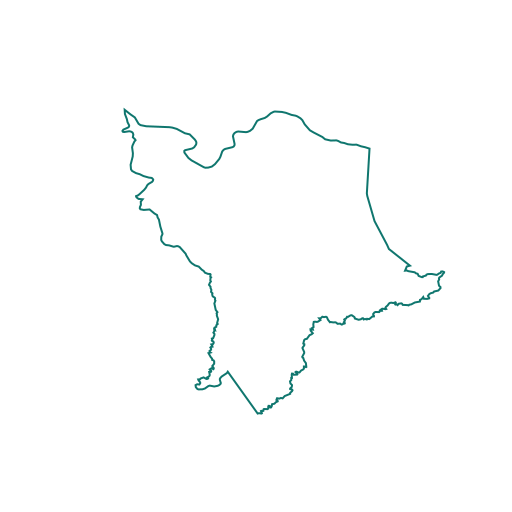 map outline of Loreto (Robinson projection), rotated 115°
{"feature_id": "PER-585", "entity_name": "Loreto", "entity_type": "Department", "adm_level": 1, "iso_a3": "PER", "parent_name": "Peru", "parent_adm1": "", "projection": "robinson", "projection_center": [-73.566, -4.337], "detail": "fine", "context": "isolated", "style": "outline", "palette": "teal", "viewbox_px": 512, "rotation_deg": 115, "n_neighbors": 0, "source": "natural_earth", "source_scale": "10m", "svg_char_len": 6121}
<svg xmlns="http://www.w3.org/2000/svg" viewBox="0 0 512 512"><g transform="rotate(115 256 256)"><path d="M207.1,75.2L210.3,76.2L212.9,79.6L214.2,79.9L215.9,81.9L217.2,82.8L219.5,83.3L220.8,81.2L221.2,81.1L222.5,82.7L223.8,85.7L222.5,87.1L225.2,87.7L226.4,88.8L228.0,88.2L231.0,92.4L234.2,94.8L235.4,96.5L236.3,96.8L236.5,98.0L238.3,102.4L237.5,103.5L237.5,104.3L239.0,106.5L240.6,106.9L240.3,107.6L241.1,109.1L240.9,109.5L239.3,109.5L239.0,110.0L240.6,111.7L241.1,113.6L241.9,114.8L242.9,115.4L245.1,115.8L247.4,116.8L248.4,116.8L249.0,115.6L249.4,116.0L250.4,119.3L251.2,119.8L252.4,118.7L252.8,119.4L252.5,120.5L253.0,120.8L254.2,120.5L254.8,120.7L256.2,124.0L257.1,124.8L259.1,125.3L259.7,124.9L260.3,123.9L260.9,123.6L261.7,125.0L265.3,126.7L266.0,128.8L266.7,128.8L267.0,130.6L268.0,131.6L267.2,132.8L267.6,133.4L269.0,134.2L270.4,136.0L270.9,140.0L270.0,140.6L269.7,141.2L269.2,144.2L269.9,145.3L272.3,146.9L272.6,147.8L274.5,147.9L275.9,149.1L276.3,149.2L277.1,148.1L278.9,148.4L279.3,147.1L279.7,147.1L280.7,148.4L281.7,149.0L282.0,149.5L281.7,151.1L283.0,153.5L282.5,155.0L282.6,156.2L283.5,157.8L284.3,160.5L284.8,161.0L283.3,163.9L281.6,165.8L281.5,166.9L282.7,168.6L283.0,170.2L285.2,171.1L285.8,172.4L286.8,170.5L289.3,172.1L290.0,172.9L290.6,174.8L291.3,175.8L293.7,175.2L296.1,173.8L297.7,174.8L298.0,173.9L298.7,173.3L299.5,175.6L300.6,174.9L302.0,171.9L303.4,172.5L305.1,174.0L309.6,174.9L310.6,176.3L311.9,176.8L315.4,176.1L315.5,174.9L316.6,174.5L319.4,175.1L319.9,174.9L322.6,171.8L323.6,171.3L327.8,171.5L328.3,171.0L328.4,170.1L330.5,168.2L332.0,165.5L335.3,163.5L335.6,163.7L335.6,165.2L335.9,165.9L337.8,165.0L338.7,165.2L340.9,166.8L343.0,167.3L343.4,167.6L343.6,168.4L343.7,170.2L343.9,170.8L344.5,171.1L345.2,169.1L345.7,168.5L346.1,168.6L347.7,171.6L347.0,172.8L347.4,173.7L348.6,173.4L351.3,171.9L351.6,172.5L353.6,171.6L355.2,172.2L357.0,170.9L357.7,168.9L358.5,168.5L360.0,168.3L361.0,168.9L361.9,169.0L362.2,168.8L361.8,166.8L362.2,166.2L363.2,166.2L365.7,167.2L366.5,166.8L370.8,170.8L373.8,171.7L374.1,173.4L375.4,174.6L376.0,176.8L377.8,176.7L377.9,175.4L378.6,174.9L380.1,176.2L382.1,176.9L383.5,178.8L385.2,178.3L386.8,178.3L387.2,178.8L387.1,179.7L386.1,180.3L386.5,181.3L387.6,181.2L389.0,180.4L389.9,180.8L391.3,184.1L391.9,184.4L393.2,183.9L393.9,184.6L394.1,185.8L394.4,186.0L396.1,184.2L396.5,184.5L397.2,186.9L398.1,187.9L372.8,232.7L374.4,232.9L379.8,236.2L381.8,236.8L382.8,236.8L383.7,236.3L386.0,234.2L387.0,234.1L388.4,234.7L389.8,235.8L391.9,238.7L393.0,243.1L394.0,244.2L397.7,246.3L399.6,248.4L401.2,251.8L401.3,252.9L400.3,255.1L398.6,256.2L397.1,255.1L396.4,253.0L394.8,252.8L394.1,253.2L393.0,255.5L392.3,256.2L391.4,254.6L390.4,254.4L388.2,252.2L388.4,249.0L387.7,247.9L387.2,247.7L386.6,248.9L385.2,247.8L384.0,247.5L382.9,247.9L380.8,249.5L380.5,249.2L380.2,248.0L379.6,247.8L379.0,248.1L378.3,250.0L376.5,248.9L376.6,246.8L376.0,246.7L375.4,247.0L374.2,249.1L371.3,248.4L369.1,249.4L368.5,250.4L368.7,251.8L367.6,252.4L366.7,254.4L364.1,258.0L362.7,256.4L362.5,257.4L361.8,258.0L359.9,257.1L359.0,257.5L358.2,258.7L357.3,258.3L356.6,257.1L356.0,257.5L355.0,259.1L354.0,257.8L353.1,257.6L352.2,257.8L351.6,258.4L351.6,259.8L351.2,260.3L350.7,260.1L349.5,261.1L348.6,260.1L345.2,260.3L344.2,260.7L343.5,262.2L341.7,262.0L340.1,262.9L340.2,262.0L339.1,262.9L338.3,263.2L337.0,262.1L335.5,262.7L333.8,262.0L333.3,262.9L329.3,263.6L326.6,266.3L325.5,266.7L324.6,267.5L323.2,267.2L321.9,269.7L316.6,273.7L313.6,273.9L313.1,274.7L311.6,275.2L311.2,275.7L310.9,278.0L310.5,278.6L309.1,279.6L308.2,279.7L307.5,281.6L305.6,282.1L304.2,283.7L303.1,284.2L302.0,286.4L299.7,286.5L298.2,286.1L297.3,287.2L295.1,287.9L294.3,287.7L294.1,288.7L291.9,289.4L291.7,290.0L292.5,292.0L292.7,295.2L291.7,297.0L291.3,299.4L289.8,303.4L290.3,307.3L289.7,311.2L288.8,313.6L284.9,319.4L283.7,320.7L280.1,329.0L280.1,331.0L280.5,332.0L282.3,334.3L282.5,335.0L283.1,339.3L284.1,342.2L284.0,344.1L282.5,347.5L281.5,348.7L278.5,350.0L275.9,350.0L275.1,350.3L269.8,355.1L264.0,359.4L262.7,361.4L260.7,363.0L260.4,366.0L258.8,372.1L261.7,377.2L262.5,380.5L262.0,381.4L260.7,381.9L258.3,381.9L255.5,383.4L252.5,382.7L253.9,386.6L253.4,388.8L252.9,389.7L252.4,390.0L251.1,388.7L249.4,387.8L243.3,385.3L240.5,384.6L237.9,384.5L236.2,383.9L232.7,381.5L231.2,381.2L230.1,381.5L229.4,383.0L229.4,383.8L230.2,386.2L231.1,391.8L231.0,395.9L231.6,399.8L231.3,404.2L230.3,405.9L226.3,408.2L217.9,409.8L214.9,411.0L209.9,414.2L208.1,414.6L203.5,414.6L202.0,414.1L201.5,414.6L200.4,417.8L197.8,418.5L196.6,419.6L196.2,420.4L196.1,422.0L196.5,423.6L199.3,427.8L199.7,429.0L199.5,429.5L199.1,429.9L197.5,429.6L193.7,426.3L192.6,425.8L191.8,425.9L191.2,426.2L189.0,429.0L186.5,430.9L182.7,434.8L179.0,436.8L180.7,429.6L181.6,424.4L185.8,418.3L186.2,416.0L184.8,410.3L175.8,388.8L175.0,386.1L174.3,381.5L174.8,372.3L173.8,367.5L176.3,360.7L177.5,358.7L178.7,357.8L180.3,357.4L183.6,358.0L185.5,359.2L190.1,365.0L191.1,365.4L192.5,364.6L195.7,358.7L196.6,354.8L197.6,340.8L197.4,339.2L196.1,336.7L193.6,333.8L190.1,332.0L183.6,330.3L181.1,330.2L175.5,330.8L173.4,330.2L172.0,329.2L167.3,323.3L166.2,322.5L164.8,322.3L163.6,322.7L157.2,327.5L155.4,327.8L153.6,327.4L151.8,326.2L150.7,324.8L148.0,317.4L147.0,316.0L145.1,314.3L142.0,312.8L133.3,312.1L131.8,311.2L129.9,309.4L127.2,306.4L124.9,304.9L120.5,303.0L117.9,301.0L117.1,300.0L114.5,293.4L113.6,289.4L113.1,283.4L112.1,279.4L112.0,277.5L112.4,273.9L113.3,271.4L116.1,267.5L119.3,260.3L119.7,256.0L120.1,246.1L121.0,242.7L119.8,237.1L117.2,231.9L117.0,230.0L117.2,227.0L116.3,223.8L115.9,220.0L114.4,215.6L112.6,211.9L112.2,207.2L111.3,203.1L110.7,198.5L152.4,182.0L154.6,180.5L174.3,163.3L190.6,141.8L193.5,138.5L199.7,112.4L201.8,114.9L206.3,114.7L205.4,113.2L205.4,111.7L203.7,105.3L204.1,103.6L203.8,102.0L205.3,100.2L205.1,96.8L204.7,96.0L204.0,96.1L201.9,93.7L200.8,93.6L199.7,92.5L198.0,89.1L196.8,84.4L196.3,83.8L194.5,82.8L193.3,81.6L191.8,81.6L191.1,80.3L191.1,78.7L191.6,78.5L193.6,79.1L195.2,79.1L197.9,80.7L198.8,80.8L199.8,80.1L202.0,80.2L205.4,77.7L205.8,77.1L206.1,75.8L207.1,75.2Z" fill="none" stroke="#0f766e" stroke-width="2"/></g></svg>